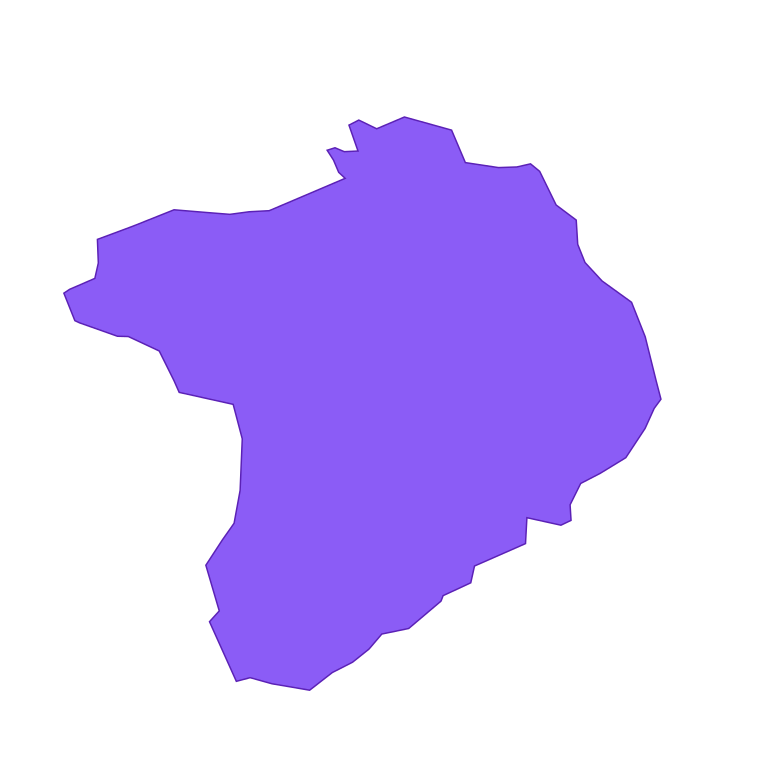 outline of Mayahi, Maradi, Niger, rotated 247°
{"feature_id": "23599985B12759501052009", "entity_name": "Mayahi", "entity_type": "district", "adm_level": 2, "iso_a3": "NER", "parent_name": "Niger", "parent_adm1": "Maradi", "projection": "natural_earth1", "projection_center": [7.671, 14.129], "detail": "fine", "context": "isolated", "style": "filled", "palette": "violet", "viewbox_px": 768, "rotation_deg": 247, "n_neighbors": 0, "source": "geoboundaries", "source_scale": "gbopen_adm2", "svg_char_len": 1083}
<svg xmlns="http://www.w3.org/2000/svg" viewBox="0 0 768 768"><g transform="rotate(247 384 384)"><path d="M280.2,635.7L325.4,642.9L362.5,643.8L393.6,625.0L417.3,616.5L436.9,616.9L459.8,625.0L481.5,612.4L518.9,610.4L529.4,604.9L531.9,591.0L538.5,573.9L556.0,545.4L591.3,545.4L621.8,507.1L621.8,477.0L636.8,463.9L636.0,452.9L608.6,451.1L613.4,438.2L620.6,431.2L621.4,423.0L609.8,425.0L596.5,425.0L588.5,428.6L588.4,346.0L595.2,327.3L600.4,308.4L611.3,287.5L626.4,258.8L627.4,214.2L629.1,176.7L607.0,168.3L594.2,159.1L594.0,131.6L592.7,124.8L563.1,124.2L559.2,127.7L532.1,157.3L527.6,167.2L502.2,190.0L469.2,192.0L456.3,192.2L424.2,237.2L388.9,232.1L342.3,210.0L314.4,191.6L303.7,174.4L286.8,149.2L239.5,143.7L233.4,130.5L168.0,131.9L166.0,146.0L151.8,163.8L131.2,195.9L138.6,223.7L140.2,246.4L145.9,266.7L154.7,284.3L149.3,311.2L161.9,351.7L166.1,355.7L167.1,386.2L181.1,396.2L181.8,451.9L205.1,463.3L184.9,491.7L185.4,502.9L200.1,508.1L215.6,526.2L217.3,548.2L221.7,577.8L241.1,607.0L256.0,623.2L261.8,633.0L280.2,635.7Z" fill="#8b5cf6" stroke="#5b21b6" stroke-width="1.5"/></g></svg>